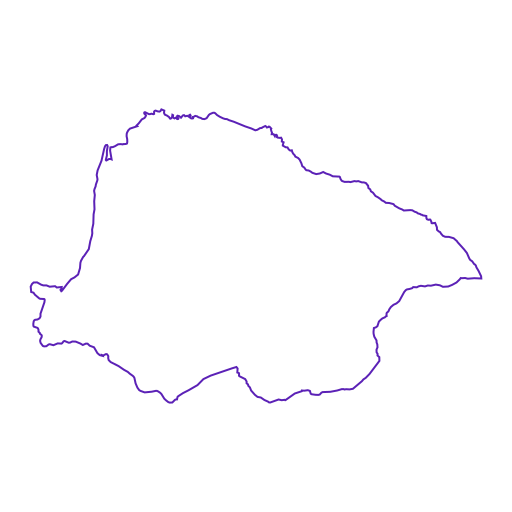 outline of El Guabo, El Oro, Ecuador
{"feature_id": "8360857B6127992117214", "entity_name": "El Guabo", "entity_type": "district", "adm_level": 2, "iso_a3": "ECU", "parent_name": "Ecuador", "parent_adm1": "El Oro", "projection": "orthographic", "projection_center": [-79.785, -3.163], "detail": "fine", "context": "isolated", "style": "outline", "palette": "violet", "viewbox_px": 512, "rotation_deg": 0, "n_neighbors": 0, "source": "geoboundaries", "source_scale": "gbopen_adm2", "svg_char_len": 6018}
<svg xmlns="http://www.w3.org/2000/svg" viewBox="0 0 512 512"><path d="M271.3,128.6L269.5,126.7L268.7,126.6L268.3,127.1L266.9,127.5L266.2,126.6L265.3,126.0L262.2,127.5L261.7,128.0L260.1,128.1L257.3,129.8L255.3,130.3L251.4,128.5L245.2,126.4L233.7,121.7L229.1,120.2L226.9,119.1L225.1,119.0L223.0,118.3L219.7,116.7L217.0,115.0L215.2,113.2L214.1,112.7L212.9,112.8L209.9,114.1L208.9,114.9L206.6,118.2L204.5,119.1L202.3,118.9L200.9,118.0L198.3,117.2L197.3,116.4L195.2,115.9L193.6,116.9L192.7,117.0L193.0,118.3L192.2,118.5L191.2,118.4L189.5,117.2L190.6,115.5L190.1,114.7L189.4,115.0L189.3,115.9L188.7,116.5L187.2,115.8L185.2,116.3L184.2,115.2L183.5,115.2L182.8,115.5L181.0,117.7L179.1,116.1L177.6,115.7L177.2,116.0L177.1,116.7L178.4,118.6L178.1,119.0L177.6,119.1L177.1,119.0L175.9,117.6L174.5,118.4L173.4,117.8L172.9,116.8L173.1,115.2L172.4,114.8L172.0,117.4L170.9,118.5L170.3,118.7L169.9,118.5L169.2,117.2L167.2,115.7L164.8,114.6L164.0,112.9L164.3,110.6L161.4,109.4L160.4,111.1L159.5,111.6L157.8,111.4L155.6,110.6L154.7,110.9L154.1,111.6L154.1,113.9L153.4,114.2L151.4,113.7L150.1,114.1L148.9,114.1L145.1,112.2L144.5,112.3L144.2,112.8L144.3,113.6L146.0,115.3L145.6,116.5L144.5,118.0L141.8,119.4L138.7,123.4L136.6,125.5L137.3,126.2L130.0,128.6L128.3,130.3L127.1,132.5L126.7,133.8L126.6,136.2L127.2,139.1L127.3,141.9L127.0,143.5L125.8,144.0L123.2,144.1L122.8,144.4L120.7,144.1L118.1,144.3L115.0,146.2L112.8,147.1L111.5,147.1L110.4,147.4L110.1,150.6L111.6,159.4L110.6,159.0L109.0,159.0L106.4,160.5L106.1,160.4L105.8,159.9L106.9,155.5L106.9,150.9L107.7,146.2L107.1,145.0L105.9,145.1L105.0,146.3L104.1,149.1L101.5,160.7L97.6,170.4L96.7,175.0L97.5,179.2L97.3,180.5L95.9,184.5L95.6,186.4L94.5,189.1L94.1,190.9L94.8,195.0L94.2,201.2L94.5,209.3L93.6,214.3L93.3,223.8L92.1,229.6L92.3,233.3L91.9,235.8L90.3,241.1L88.8,249.1L84.0,256.1L83.1,257.0L81.0,260.8L80.4,262.8L80.0,268.1L78.1,274.5L74.5,277.4L71.1,279.2L67.2,283.8L62.0,290.7L61.3,291.2L60.5,289.9L61.5,288.5L61.7,287.0L56.8,287.5L55.1,286.2L49.7,286.7L46.5,285.4L43.3,285.4L41.2,284.7L37.1,282.4L33.6,282.5L32.0,284.0L30.7,286.6L31.2,292.0L33.5,292.7L34.9,294.7L39.1,298.3L40.1,298.8L44.1,299.0L44.5,299.3L44.7,300.0L44.4,302.3L40.5,313.7L40.5,316.4L40.1,317.4L39.4,318.4L37.5,319.5L35.1,319.8L34.3,320.3L33.7,321.3L33.3,323.9L33.4,325.9L33.8,326.6L37.5,327.9L38.0,328.5L38.5,329.8L38.5,331.7L39.8,332.9L39.9,333.7L41.5,335.0L41.8,335.8L41.6,337.2L40.4,339.4L40.1,340.9L40.6,342.9L42.8,345.9L44.1,346.4L46.4,346.2L48.6,344.5L49.8,344.2L53.4,345.2L57.7,343.4L61.5,343.6L62.1,343.2L63.6,341.3L64.6,341.0L68.7,342.7L70.0,342.6L72.3,341.5L75.7,341.6L80.5,343.6L82.8,345.0L85.9,343.6L87.6,343.7L89.7,345.7L94.0,347.3L97.4,353.1L99.7,355.1L102.7,355.9L102.4,355.2L103.2,355.5L105.9,354.1L106.8,354.1L107.7,355.1L108.3,356.2L108.2,358.1L108.7,360.1L110.7,362.1L118.6,366.1L124.0,369.8L127.8,371.9L129.8,373.7L132.6,375.7L133.6,376.6L134.4,377.9L135.6,383.4L137.4,387.6L139.2,390.1L140.5,390.9L144.7,392.4L151.8,391.7L155.6,390.9L157.0,390.9L158.1,391.4L160.1,392.7L161.4,394.0L164.3,398.7L166.1,400.4L168.3,402.1L169.7,402.6L172.3,402.5L175.0,399.8L176.1,399.4L177.0,399.4L177.5,397.0L178.1,396.3L183.0,393.1L188.5,390.3L197.5,385.1L203.4,379.1L210.7,375.6L232.1,368.3L236.4,367.0L237.6,368.5L237.3,372.5L238.9,373.1L239.1,373.8L239.0,375.7L239.4,376.2L245.2,379.1L246.6,381.5L246.6,383.3L248.0,384.4L248.3,385.8L249.9,387.4L251.1,390.5L254.9,394.8L257.5,396.9L260.8,397.5L264.4,400.0L268.0,401.6L269.0,402.4L270.2,402.5L278.6,399.5L281.7,400.2L284.7,399.8L285.2,400.2L285.5,400.1L294.8,393.5L301.8,391.2L301.9,390.5L304.2,390.7L307.8,390.2L309.9,390.9L310.7,393.6L311.4,394.2L315.5,394.8L318.5,394.9L319.8,394.5L321.4,392.7L322.6,392.1L330.3,391.8L337.2,390.5L341.9,389.1L343.7,389.1L344.4,389.5L346.1,389.2L349.5,389.4L352.9,388.8L361.9,381.2L363.4,379.4L365.7,377.9L369.5,374.0L379.4,360.9L379.3,357.1L377.5,355.5L377.6,353.9L376.6,352.3L376.5,349.7L377.5,347.3L377.3,344.4L376.6,342.5L376.5,340.4L374.3,336.7L373.6,333.8L373.5,331.9L373.9,328.0L375.8,327.4L377.4,326.2L378.9,321.6L380.8,319.7L382.4,318.4L384.9,317.3L385.9,316.3L386.6,316.1L386.5,313.8L386.8,312.8L388.4,311.4L389.3,309.3L390.9,307.0L393.5,304.8L396.5,303.4L399.2,301.1L404.2,292.0L405.8,290.1L407.0,289.4L409.4,289.0L412.1,288.2L413.2,287.1L416.8,287.3L418.7,286.3L420.9,285.8L425.0,286.4L427.8,285.5L430.9,285.7L435.8,284.6L439.9,285.3L442.9,286.8L448.2,286.5L452.1,284.9L456.5,282.5L459.6,279.5L460.8,278.0L461.7,278.2L465.1,278.0L467.7,278.7L474.3,278.2L481.3,278.5L481.1,276.2L478.5,270.8L476.4,267.3L475.9,265.7L475.2,264.7L474.1,264.0L472.2,261.3L470.2,259.9L469.3,258.5L466.9,253.0L464.0,249.3L457.6,242.2L457.0,241.2L453.6,238.2L449.0,236.9L445.2,236.8L442.9,235.8L440.9,233.5L440.2,232.2L438.7,231.4L437.0,229.8L436.9,227.3L435.1,222.9L432.1,223.3L431.6,223.1L431.3,221.6L430.3,219.6L429.8,219.5L428.4,219.8L426.9,219.2L426.4,218.1L426.3,216.0L422.6,215.3L422.0,214.8L420.9,214.6L420.3,214.1L417.7,213.3L416.7,212.4L414.6,211.7L412.3,210.3L410.3,210.1L403.8,210.5L402.2,209.5L399.2,208.3L394.7,205.7L393.7,204.3L393.1,204.0L389.2,203.0L385.8,202.8L384.2,201.5L381.6,200.2L380.7,199.2L377.8,197.2L375.5,196.0L373.0,192.7L370.9,191.3L370.2,189.4L368.4,188.0L368.1,185.7L367.6,185.4L367.4,184.7L366.6,184.1L366.4,183.5L365.8,183.0L363.8,182.4L361.9,182.4L358.3,181.1L356.3,181.4L354.4,181.1L350.5,182.1L348.9,181.8L344.6,181.9L342.1,181.0L341.6,180.6L340.5,178.9L339.9,177.0L339.4,176.6L332.8,176.3L329.8,174.7L326.0,173.5L323.2,172.0L319.8,173.5L316.2,174.1L312.3,172.8L310.9,171.7L308.7,170.5L306.3,170.2L305.5,169.4L304.3,167.6L302.3,166.2L301.4,163.3L299.6,159.6L298.1,158.0L295.3,156.6L294.8,155.4L293.3,153.8L292.4,152.3L291.8,150.3L290.5,150.6L290.1,150.5L288.7,149.4L287.5,147.4L285.8,147.3L282.8,145.6L282.8,145.0L283.6,142.3L281.8,141.5L282.0,139.4L281.1,137.7L279.7,137.9L277.7,137.6L277.0,137.2L277.1,136.1L276.7,135.8L276.8,135.2L276.4,134.8L275.5,134.9L274.9,136.3L273.6,134.2L271.7,134.2L272.0,132.6L271.4,131.3L270.9,129.3L271.3,128.6Z" fill="none" stroke="#5b21b6" stroke-width="2"/></svg>